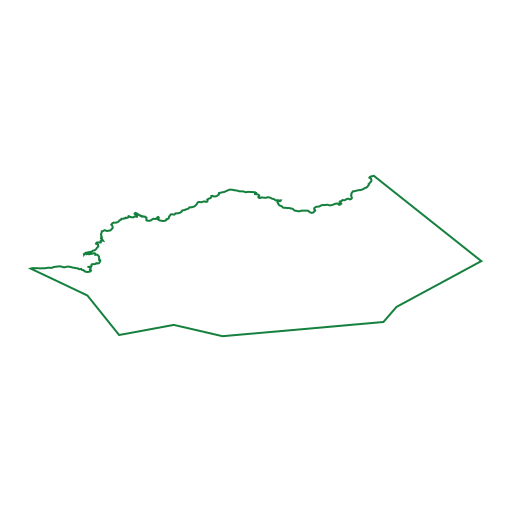 outline of Sveitarfélagið Vogar, Suðurnes, Iceland
{"feature_id": "244011B53257850023541", "entity_name": "Sveitarfélagið Vogar", "entity_type": "district", "adm_level": 2, "iso_a3": "ISL", "parent_name": "Iceland", "parent_adm1": "Suðurnes", "projection": "natural_earth1", "projection_center": [-22.291, 63.982], "detail": "fine", "context": "isolated", "style": "outline", "palette": "green", "viewbox_px": 512, "rotation_deg": 0, "n_neighbors": 0, "source": "geoboundaries", "source_scale": "gbopen_adm2", "svg_char_len": 5895}
<svg xmlns="http://www.w3.org/2000/svg" viewBox="0 0 512 512"><path d="M373.8,175.8L370.2,176.7L369.7,177.1L369.4,177.7L370.8,178.5L371.1,178.8L371.4,180.4L371.4,180.8L371.3,181.3L370.4,182.2L370.0,182.4L369.4,183.6L368.6,184.1L368.7,184.7L368.7,185.1L367.0,187.1L366.3,187.6L364.6,188.2L362.7,189.4L360.3,190.1L358.7,190.1L354.5,191.2L353.0,191.3L352.7,191.5L352.5,192.1L352.2,192.3L351.3,193.6L351.4,194.8L351.1,195.6L351.2,195.9L351.4,196.4L351.4,196.8L351.8,197.3L351.9,197.9L351.7,198.1L351.4,198.8L351.0,199.1L349.9,199.3L349.3,199.3L348.8,198.8L348.1,198.7L346.1,199.3L345.5,199.9L345.0,200.1L344.0,200.3L342.5,200.0L341.8,200.8L341.2,201.2L340.2,201.3L340.0,201.5L340.5,201.8L340.3,202.3L340.7,202.6L340.8,203.0L341.1,203.5L340.0,203.6L339.5,203.7L339.6,204.0L340.1,204.1L340.3,204.3L340.3,204.5L339.3,204.8L338.9,204.7L338.4,204.4L338.3,203.8L338.2,203.5L337.0,203.5L334.8,203.9L333.1,204.7L331.5,205.2L329.5,205.4L328.5,205.0L327.2,204.7L325.6,205.0L321.9,205.1L321.4,205.3L319.7,206.3L319.1,206.5L316.2,206.8L314.6,207.8L314.2,208.4L314.2,209.2L314.6,209.8L315.1,210.1L315.2,210.7L314.1,211.5L313.4,212.5L312.5,212.7L311.4,212.8L310.2,212.4L309.0,211.6L308.7,211.1L307.9,210.7L304.3,210.6L302.3,210.7L301.5,210.6L300.9,210.9L299.2,211.3L298.3,211.3L297.0,210.9L296.0,210.9L294.4,210.4L292.7,208.9L291.7,208.5L290.8,208.5L289.3,208.0L287.5,208.1L285.9,207.8L284.1,207.8L283.1,207.6L282.6,207.3L281.8,206.3L280.0,205.6L279.0,205.0L278.6,204.6L278.5,204.0L277.9,203.3L277.5,202.2L277.4,202.0L277.7,201.6L278.5,201.1L278.8,200.8L278.7,200.7L278.1,200.2L275.7,200.4L274.1,199.2L271.9,198.6L270.0,197.6L267.8,197.2L266.3,197.7L264.9,197.8L262.3,197.5L261.6,197.5L259.9,198.0L259.1,197.9L258.7,197.7L258.3,197.0L259.1,196.4L259.3,196.1L259.2,195.4L258.2,194.6L257.6,194.4L255.0,194.1L254.9,193.7L255.0,193.5L256.1,193.3L256.2,193.1L256.2,192.9L255.3,192.7L255.1,192.5L255.0,192.3L254.9,192.2L249.0,191.9L247.7,191.9L246.3,192.2L245.6,192.2L243.3,191.4L239.4,191.3L236.8,190.5L235.2,190.4L232.5,189.8L230.5,189.6L228.8,189.9L224.4,191.9L219.0,193.0L218.8,193.2L219.1,194.0L218.7,194.7L218.1,195.0L216.7,196.1L214.8,196.5L213.7,196.4L212.5,195.8L211.4,196.0L211.5,196.5L211.3,197.0L210.6,198.1L208.5,198.7L208.1,199.1L207.3,199.6L207.2,199.7L207.6,200.7L207.6,200.9L207.2,201.5L206.7,201.8L205.8,201.9L204.7,201.4L204.2,201.4L203.6,201.5L202.6,201.9L201.4,202.2L199.0,202.0L198.1,202.1L197.4,202.9L197.1,203.7L195.7,205.3L195.0,206.0L194.1,206.5L192.5,207.1L190.8,207.4L189.8,207.2L189.5,207.3L188.4,208.6L187.4,209.0L185.3,209.6L185.0,210.0L184.6,210.1L182.8,210.3L182.2,210.5L181.9,210.7L181.8,210.9L181.8,211.3L181.7,211.6L179.7,212.9L177.9,213.3L176.0,213.3L175.5,213.4L174.8,214.3L174.1,214.6L172.2,214.3L170.9,214.3L170.6,214.8L169.6,215.8L169.6,216.1L169.4,216.5L168.9,216.9L168.9,217.5L168.7,218.4L167.8,218.9L166.5,219.1L166.5,219.8L166.3,220.1L166.0,220.3L164.8,220.8L163.3,221.0L162.1,220.9L159.3,220.3L158.6,220.0L158.0,219.4L157.9,219.1L158.1,218.7L158.6,218.5L158.5,218.0L158.7,217.5L158.4,217.3L158.3,217.0L158.0,216.9L156.9,217.9L157.4,218.4L157.2,218.6L156.7,218.8L155.0,219.0L153.5,218.7L151.6,219.7L151.4,220.1L150.9,220.4L149.4,220.8L147.2,220.6L146.6,220.5L146.3,220.0L146.5,219.5L146.4,218.8L146.3,218.2L146.5,217.8L146.5,217.6L145.8,217.4L145.2,217.1L145.1,216.7L144.2,216.6L143.4,216.4L142.7,216.7L141.8,216.6L141.0,216.2L141.4,215.8L141.2,215.7L140.7,215.7L138.0,214.4L137.5,214.1L137.4,213.7L137.0,213.5L136.1,213.2L135.5,212.9L135.1,213.0L135.0,213.4L136.5,213.8L135.5,214.0L136.1,214.4L137.0,214.2L137.2,214.4L137.3,215.0L136.4,215.1L136.9,215.4L136.9,215.5L136.6,216.0L136.6,216.3L137.1,216.6L137.1,216.8L136.9,216.9L135.7,216.5L135.0,216.5L134.1,216.8L133.4,217.3L132.0,217.3L130.3,217.0L128.8,216.1L128.5,216.2L128.4,217.3L128.2,217.4L126.9,217.8L125.8,217.7L125.8,217.8L126.1,217.9L126.1,218.1L124.0,218.4L123.8,218.7L121.4,218.8L121.1,219.6L119.3,220.5L118.5,221.6L117.6,222.2L115.6,222.7L113.7,222.6L113.0,222.9L112.3,223.4L111.3,224.6L111.9,225.2L112.5,226.4L112.7,227.4L112.6,228.1L111.9,228.9L111.4,229.2L111.0,229.8L110.4,230.3L110.0,230.6L108.7,230.6L107.1,231.0L106.2,230.8L104.9,230.2L104.5,230.2L103.6,230.8L101.8,231.3L101.7,232.2L101.7,232.6L101.2,233.5L100.9,234.8L101.4,235.6L101.2,236.7L102.0,237.4L101.8,238.0L101.0,238.4L101.0,238.6L101.7,238.8L102.4,239.8L102.7,240.0L103.1,240.7L102.4,240.5L100.7,241.0L100.9,241.7L100.9,242.3L100.8,242.5L99.5,242.6L98.8,242.4L97.2,242.4L96.6,242.8L96.1,243.3L96.0,243.7L97.4,244.3L98.0,244.7L98.0,245.2L98.4,246.0L98.3,246.4L96.9,247.9L96.3,248.9L95.1,250.0L94.4,250.4L93.0,250.6L91.8,251.6L85.7,252.8L83.9,254.1L84.0,254.6L84.3,254.1L85.0,253.6L85.6,253.7L86.5,254.3L86.7,254.2L85.6,253.5L86.2,253.2L86.4,252.9L91.0,252.1L91.2,252.4L91.1,252.6L90.0,253.0L90.4,253.8L89.0,254.1L88.1,253.8L87.9,253.9L88.9,254.3L94.7,253.2L95.4,253.9L95.5,254.5L95.3,254.7L95.3,254.8L96.3,254.6L97.5,254.9L98.3,255.6L99.1,256.9L99.0,257.8L99.2,258.4L99.1,259.0L99.2,259.5L99.1,259.9L100.0,260.0L100.3,260.2L100.2,261.2L99.9,261.8L98.9,263.2L97.0,263.5L96.7,263.1L96.2,263.1L95.7,263.8L94.9,264.1L93.0,264.1L92.8,264.2L91.8,264.3L91.5,264.6L91.5,266.1L91.3,266.3L90.0,266.7L87.5,267.0L90.3,267.1L90.7,267.4L90.8,267.9L90.7,268.4L89.9,269.4L90.1,270.1L90.5,270.1L91.0,270.6L90.4,271.3L90.0,271.6L87.5,272.0L86.0,271.8L84.6,271.3L84.5,271.0L84.2,270.9L84.0,270.5L83.3,270.1L82.7,270.1L81.9,269.8L81.6,269.5L81.2,268.9L80.1,269.2L78.8,269.1L78.5,269.0L78.2,268.7L78.0,268.4L73.4,267.7L68.9,266.6L66.8,266.7L64.7,267.3L62.8,267.1L61.1,266.5L59.2,266.3L53.9,267.0L51.5,267.9L48.5,267.7L44.5,268.3L43.6,268.3L43.0,268.2L40.6,268.4L37.5,268.2L34.9,268.2L34.1,268.1L33.2,268.1L32.1,268.2L30.7,268.6L87.4,295.5L119.1,335.0L173.7,324.9L222.6,336.2L383.4,322.0L396.5,306.9L481.3,261.1L373.8,175.8ZM280.0,201.2L280.7,200.6L280.8,200.4L279.9,200.4L278.9,201.0L279.1,201.2L280.0,201.2Z" fill="none" stroke="#15803d" stroke-width="2"/></svg>